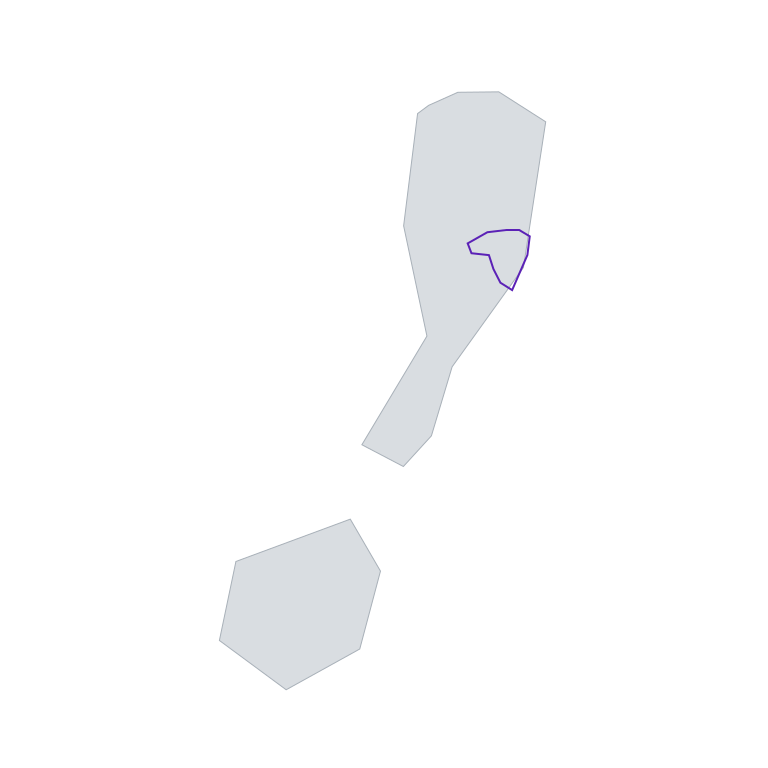 Saint Mary Cayon on a map of Saint Kitts and Nevis (Natural Earth projection), rotated 63°
{"feature_id": "KNA-5106", "entity_name": "Saint Mary Cayon", "entity_type": "Parish", "adm_level": 1, "iso_a3": "KNA", "parent_name": "Saint Kitts and Nevis", "parent_adm1": "", "projection": "natural_earth1", "projection_center": [-62.73, 17.347], "detail": "fine", "context": "in_parent", "style": "outline", "palette": "violet", "viewbox_px": 768, "rotation_deg": 63, "n_neighbors": 0, "source": "natural_earth", "source_scale": "10m", "svg_char_len": 612}
<svg xmlns="http://www.w3.org/2000/svg" viewBox="0 0 768 768"><g transform="rotate(63 384 384)"><path d="M466.3,404.2L428.1,431.3L360.8,324.0L252.0,294.7L158.3,231.3L156.0,217.7L157.6,185.8L175.8,149.1L223.8,120.9L343.5,206.9L399.6,315.5L451.7,365.3L466.3,404.2ZM612.0,610.0L537.8,647.1L474.9,596.5L489.1,475.4L549.1,472.1L609.1,525.9L612.0,610.0Z" fill="#d9dde1" stroke="#a8b0b8" stroke-width="1"/><path d="M318.6,187.1L334.2,197.7L358.5,227.2L346.6,234.3L331.2,234.3L316.8,232.0L307.2,246.7L296.7,245.6L295.7,223.0L302.4,204.9L308.2,193.6L318.6,187.1Z" fill="none" stroke="#5b21b6" stroke-width="2"/></g></svg>